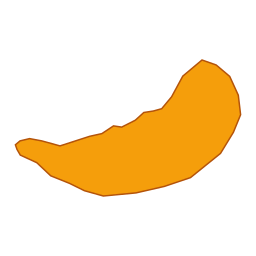 outline of PiisEmwar, Federated States of Micronesia
{"feature_id": "79324940B93470645424245", "entity_name": "PiisEmwar", "entity_type": "district", "adm_level": 2, "iso_a3": "FSM", "parent_name": "Federated States of Micronesia", "parent_adm1": "", "projection": "natural_earth1", "projection_center": [152.701, 6.836], "detail": "fine", "context": "isolated", "style": "filled", "palette": "amber", "viewbox_px": 256, "rotation_deg": 0, "n_neighbors": 0, "source": "geoboundaries", "source_scale": "gbopen_adm2", "svg_char_len": 510}
<svg xmlns="http://www.w3.org/2000/svg" viewBox="0 0 256 256"><path d="M153.4,111.0L143.8,112.5L135.3,120.2L121.7,127.1L113.5,125.9L101.9,133.6L89.7,136.3L60.0,145.9L41.8,140.9L29.6,138.6L20.0,140.9L15.4,144.8L17.0,149.4L20.3,155.1L36.8,162.7L50.7,175.8L69.6,183.4L84.4,190.7L103.3,196.0L136.0,192.9L164.4,186.4L190.5,177.6L220.5,153.4L233.4,132.3L240.6,114.7L238.3,95.2L229.7,76.4L216.2,65.0L202.0,60.0L182.8,76.1L171.6,96.8L161.7,108.7L153.4,111.0Z" fill="#f59e0b" stroke="#b45309" stroke-width="1.5"/></svg>